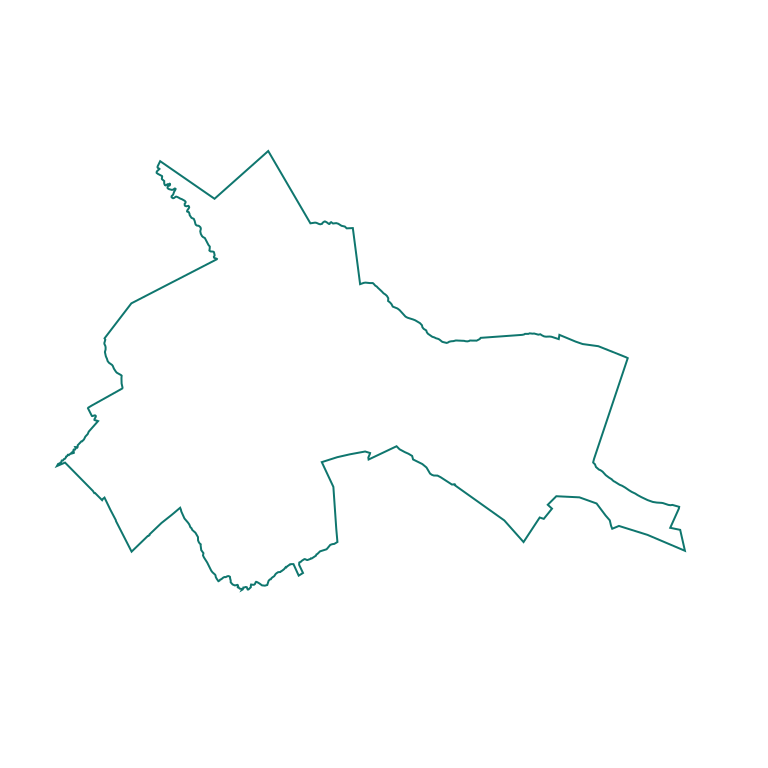 Santiago, Nuevo León, Mexico, rotated 186°
{"feature_id": "50627088B26802208573865", "entity_name": "Santiago", "entity_type": "district", "adm_level": 2, "iso_a3": "MEX", "parent_name": "Mexico", "parent_adm1": "Nuevo León", "projection": "robinson", "projection_center": [-100.188, 25.372], "detail": "fine", "context": "isolated", "style": "outline", "palette": "teal", "viewbox_px": 768, "rotation_deg": 186, "n_neighbors": 0, "source": "geoboundaries", "source_scale": "gbopen_adm2", "svg_char_len": 6144}
<svg xmlns="http://www.w3.org/2000/svg" viewBox="0 0 768 768"><g transform="rotate(186 384 384)"><path d="M431.3,535.8L437.4,534.9L439.4,536.5L442.8,536.9L446.2,538.6L448.3,539.0L451.5,538.3L453.5,539.4L454.2,538.9L454.9,537.5L455.2,537.4L455.7,537.5L458.0,538.9L459.7,539.5L460.3,539.3L461.4,538.4L461.9,537.9L462.3,536.9L464.0,536.2L465.2,536.3L468.0,537.2L469.4,537.3L474.0,536.1L523.5,603.6L571.9,550.5L629.9,582.2L631.9,576.7L631.9,575.9L631.5,575.3L630.4,574.8L629.8,574.4L632.1,571.7L632.3,570.8L632.1,570.1L630.7,569.3L626.5,567.6L626.3,567.1L626.4,564.8L626.1,564.4L623.8,562.9L623.6,560.8L623.3,559.9L622.7,558.9L622.0,558.7L620.0,560.1L618.9,560.2L618.2,560.8L617.8,560.7L617.6,560.1L617.7,559.5L618.1,558.9L619.4,558.4L619.8,557.5L619.8,556.4L619.2,555.8L618.1,555.3L615.2,554.9L613.8,555.4L612.7,556.5L612.0,556.5L611.7,556.3L611.7,555.7L612.9,553.0L613.4,550.7L613.7,550.0L614.8,548.7L614.9,547.8L614.5,547.3L613.2,546.7L612.2,547.1L610.7,548.5L609.9,548.6L608.0,548.0L606.0,547.1L604.4,546.7L601.4,545.4L600.4,544.5L600.3,543.6L601.1,542.3L600.8,540.8L600.3,540.3L599.2,540.1L597.1,540.7L596.5,540.1L596.2,539.4L596.5,538.4L597.8,536.1L597.9,535.1L597.5,534.7L596.8,534.8L596.1,534.5L595.3,533.1L594.9,531.6L592.8,529.1L590.5,528.4L589.4,526.5L588.2,523.3L587.8,522.7L586.6,522.0L585.0,522.0L584.3,521.7L583.0,520.7L582.5,519.8L582.4,518.8L582.7,516.7L581.9,514.2L580.4,512.0L579.3,511.2L577.4,510.4L573.1,503.9L571.9,502.8L571.6,502.4L571.5,500.4L571.6,498.5L571.1,498.1L570.2,497.7L568.0,497.8L567.2,497.6L566.8,497.1L565.9,494.4L566.0,493.7L566.5,492.8L566.3,492.0L565.7,491.6L563.5,491.1L563.2,490.9L563.3,490.6L643.7,437.8L666.7,400.2L665.8,398.9L666.4,395.5L666.2,394.5L665.1,392.7L664.7,391.4L664.5,389.2L664.9,386.6L663.5,382.4L662.1,380.0L661.3,378.0L659.8,376.4L656.4,374.5L655.6,373.6L654.2,371.0L652.0,368.3L650.9,367.3L646.5,365.4L645.8,364.9L645.7,362.3L645.0,357.0L643.7,353.2L643.8,352.2L672.3,332.1L675.6,329.6L675.9,329.0L675.6,328.5L671.2,321.7L670.8,321.6L668.3,322.6L667.8,322.5L667.3,322.1L667.2,321.3L668.3,318.7L668.2,318.0L667.0,317.6L666.0,317.6L664.5,317.2L672.5,306.0L672.9,305.1L673.4,303.3L675.5,300.5L676.6,297.5L678.3,295.4L678.9,295.4L682.2,291.1L682.1,289.4L682.5,288.5L683.0,288.4L683.8,289.1L684.5,289.0L684.0,288.3L684.2,286.9L684.4,286.5L684.8,286.3L685.6,286.4L686.0,285.7L686.0,285.2L685.3,283.8L685.4,282.9L686.0,282.8L687.0,283.5L687.4,283.2L687.6,282.9L687.5,282.1L688.4,282.0L690.0,280.4L690.7,280.7L691.0,280.6L691.6,279.2L692.6,278.6L692.6,277.8L693.7,276.1L694.5,275.8L695.3,274.4L696.5,274.2L696.8,272.7L697.0,272.3L697.7,271.9L697.9,271.3L699.7,270.5L700.7,268.2L693.0,272.5L662.3,247.2L660.7,245.2L660.0,245.4L652.2,239.0L651.6,240.3L650.1,241.8L642.9,230.2L636.5,220.6L636.2,219.6L617.5,190.9L603.0,208.2L602.3,208.3L601.3,209.5L601.5,209.9L590.8,222.5L581.4,231.7L573.8,239.6L572.8,237.7L572.3,236.1L568.4,229.4L564.5,225.7L563.0,224.0L561.5,221.2L560.5,220.6L559.3,218.7L556.0,216.4L553.0,212.3L552.6,209.1L551.7,207.4L550.6,206.1L549.5,205.4L549.5,204.3L548.4,199.7L545.9,196.9L546.1,194.6L545.0,192.8L541.2,188.0L536.3,180.3L534.9,178.8L532.0,176.7L531.6,176.1L531.1,174.4L530.1,172.9L528.1,170.6L527.1,171.2L526.6,172.1L526.0,172.6L525.4,172.8L523.7,174.6L522.6,175.3L521.2,175.4L519.9,176.3L518.8,176.7L518.0,176.6L517.1,176.2L516.4,173.6L516.0,172.9L515.7,170.7L513.6,168.8L511.4,168.1L510.1,168.4L508.9,168.9L508.4,168.7L508.2,168.5L508.2,166.5L508.0,166.4L507.5,166.4L507.4,166.7L506.9,166.0L506.1,165.4L503.9,165.3L503.6,164.9L503.8,164.4L503.0,165.0L502.6,166.9L501.8,166.9L500.6,167.6L499.3,167.6L498.1,165.4L497.3,165.5L495.2,168.0L495.4,169.7L495.2,170.7L493.2,170.6L492.1,170.9L491.4,171.7L490.9,173.4L490.5,173.9L489.2,173.6L487.0,172.6L484.3,171.0L481.4,171.0L479.1,171.9L478.2,176.2L477.2,177.6L476.1,178.0L475.7,179.0L474.8,180.0L473.1,181.4L472.0,183.6L471.2,184.5L469.6,185.8L467.4,186.2L466.7,187.1L466.0,187.5L464.0,189.4L462.6,191.6L462.1,191.3L460.9,192.9L460.2,193.3L458.8,194.7L458.5,194.6L457.9,195.1L455.2,195.4L448.8,184.5L444.8,187.6L449.5,195.3L449.6,197.6L447.8,198.8L447.4,199.5L444.9,201.5L444.0,201.5L442.2,200.9L441.6,201.0L438.8,202.4L438.4,203.0L437.7,202.9L433.7,206.2L433.4,207.4L432.5,208.0L430.1,210.9L423.9,213.6L423.2,214.5L420.6,218.4L418.7,219.3L416.7,219.8L413.8,222.0L416.3,234.8L423.6,276.4L437.7,299.8L422.9,306.3L410.6,310.5L395.7,314.9L390.6,313.9L390.7,313.1L391.8,309.6L391.9,309.1L391.4,307.3L365.0,323.4L361.7,320.7L356.1,318.4L352.4,317.2L348.5,315.4L347.2,312.0L337.5,308.4L333.0,305.4L328.8,299.7L326.7,298.6L324.9,298.2L321.2,298.5L317.9,297.2L305.9,291.1L303.2,291.7L302.7,291.1L302.9,290.7L250.1,260.9L228.7,241.4L215.2,267.5L211.0,266.6L203.9,277.6L208.5,281.0L200.9,290.4L177.8,291.7L160.1,287.4L149.9,276.4L145.2,272.0L143.4,266.8L141.9,263.9L135.5,267.4L106.2,261.5L67.3,249.6L74.2,269.9L84.3,270.9L77.7,291.0L77.6,292.7L84.5,293.9L86.5,293.4L88.6,293.5L94.0,294.7L95.6,294.8L100.2,294.6L104.3,294.8L109.7,296.1L116.2,298.4L120.1,300.0L122.7,301.3L126.4,302.6L129.3,304.0L133.3,306.2L136.6,307.7L139.1,308.4L144.2,310.9L145.3,311.3L146.8,312.3L147.5,313.0L150.4,314.4L153.9,316.5L157.5,319.7L159.7,320.9L161.2,321.3L164.5,323.6L165.8,326.2L167.4,327.4L167.8,327.9L167.3,331.4L144.3,435.2L146.1,435.9L174.8,444.0L190.6,444.5L197.9,446.2L214.7,451.2L214.9,446.9L222.4,448.5L224.4,448.5L227.8,448.0L229.8,448.1L232.0,448.9L233.7,449.8L235.7,449.2L240.0,449.9L241.3,449.6L244.5,449.6L245.5,449.0L249.0,448.6L249.9,447.9L251.8,447.3L292.7,440.0L293.5,438.7L296.4,436.8L303.1,436.2L304.0,435.6L305.6,435.1L307.7,435.1L308.7,435.3L317.1,434.8L319.5,433.9L321.7,433.5L323.5,432.9L324.8,431.9L326.0,431.4L330.4,432.0L333.7,434.1L335.1,434.6L337.0,434.9L338.8,435.6L340.9,436.0L345.6,438.6L346.8,439.9L347.6,441.7L350.3,443.0L351.7,444.4L352.4,446.4L354.6,448.3L359.6,450.6L361.7,451.2L367.6,452.4L369.7,453.3L376.2,459.1L378.5,460.5L383.4,461.9L384.8,464.1L386.5,465.7L388.6,467.0L388.7,469.7L390.2,471.8L391.9,473.1L394.0,474.2L395.7,475.7L400.2,479.1L401.3,480.1L403.1,481.0L404.3,482.2L405.7,483.2L408.6,482.9L413.0,482.9L414.6,482.5L418.2,480.8L431.3,535.8Z" fill="none" stroke="#0f766e" stroke-width="2"/></g></svg>